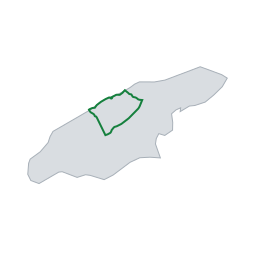 where Saint Ann sits in Jamaica, rotated 322°
{"feature_id": "JAM-1379", "entity_name": "Saint Ann", "entity_type": "Parish", "adm_level": 1, "iso_a3": "JAM", "parent_name": "Jamaica", "parent_adm1": "", "projection": "orthographic", "projection_center": [-77.258, 18.33], "detail": "fine", "context": "in_parent", "style": "outline", "palette": "green", "viewbox_px": 256, "rotation_deg": 322, "n_neighbors": 0, "source": "natural_earth", "source_scale": "10m", "svg_char_len": 1580}
<svg xmlns="http://www.w3.org/2000/svg" viewBox="0 0 256 256"><g transform="rotate(322 128 128)"><path d="M129.3,91.6L141.7,95.4L154.6,97.4L160.2,97.5L165.4,98.7L177.2,108.0L186.6,113.0L222.6,124.2L234.7,143.7L236.9,149.8L227.7,153.5L216.0,154.8L204.8,155.1L194.5,151.4L189.9,148.5L179.2,147.2L181.9,144.5L177.1,143.3L171.1,143.6L166.7,151.1L161.8,157.1L152.4,156.5L148.8,151.4L143.8,153.7L139.8,157.5L135.1,171.5L127.4,164.6L119.0,158.7L108.5,156.3L87.3,155.9L77.4,154.0L69.1,142.1L65.8,138.7L57.5,135.6L49.2,121.9L46.2,120.1L23.7,117.0L19.1,109.6L20.5,102.8L28.0,94.6L31.7,92.3L44.2,92.7L56.1,90.3L61.3,86.8L66.8,84.5L109.9,90.5L119.8,90.6L129.3,91.6Z" fill="#d9dde1" stroke="#a8b0b8" stroke-width="1"/><path d="M108.5,89.5L109.5,89.6L112.2,90.3L114.3,91.6L117.5,90.7L122.8,90.7L128.1,91.4L131.9,92.3L132.3,92.8L132.7,94.1L133.2,94.6L133.8,94.6L134.3,94.3L134.7,94.0L134.6,93.8L139.1,94.6L139.7,94.9L141.4,96.4L142.0,96.8L145.3,96.9L148.8,96.3L148.9,96.8L149.8,100.7L149.8,101.3L150.0,102.1L150.3,102.4L150.8,103.0L151.1,103.3L151.3,103.7L151.0,106.2L151.1,106.5L151.3,106.9L152.6,108.4L153.0,109.1L153.3,110.1L153.5,111.0L153.6,111.6L153.8,111.9L154.4,112.8L156.4,114.7L150.3,118.2L148.2,119.0L134.5,120.8L125.2,120.7L120.2,119.7L118.2,118.9L117.7,118.9L117.3,118.8L113.8,119.6L113.5,119.8L112.8,120.3L112.4,120.5L111.7,120.8L111.2,120.9L110.8,120.9L108.2,120.5L105.8,119.7L109.9,100.3L109.9,99.8L109.9,99.3L109.3,98.6L109.2,98.3L109.2,97.9L109.5,97.2L109.5,96.6L109.5,95.8L108.3,92.8L108.2,91.9L108.4,89.8L108.5,89.5Z" fill="none" stroke="#15803d" stroke-width="2"/></g></svg>